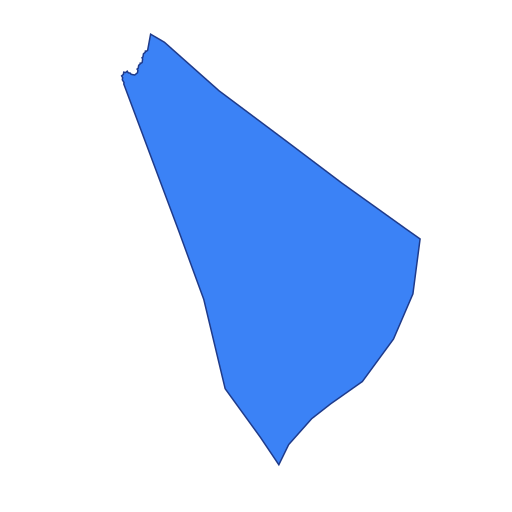 outline of 64, Ad Dawhah, Qatar, rotated 189°
{"feature_id": "91078587B90572776822782", "entity_name": "64", "entity_type": "district", "adm_level": 2, "iso_a3": "QAT", "parent_name": "Qatar", "parent_adm1": "Ad Dawhah", "projection": "equal_earth", "projection_center": [51.513, 25.317], "detail": "fine", "context": "isolated", "style": "filled", "palette": "blue", "viewbox_px": 512, "rotation_deg": 189, "n_neighbors": 0, "source": "geoboundaries", "source_scale": "gbopen_adm2", "svg_char_len": 765}
<svg xmlns="http://www.w3.org/2000/svg" viewBox="0 0 512 512"><g transform="rotate(189 256 256)"><path d="M200.8,53.4L194.2,74.9L175.5,104.1L159.1,121.7L131.3,148.7L107.2,195.5L95.1,243.1L96.6,298.5L112.8,306.5L182.9,341.6L243.3,373.8L318.2,413.3L379.9,452.8L394.8,458.6L395.2,442.4L396.2,441.1L397.3,441.1L397.3,439.8L398.8,438.1L398.8,434.9L399.6,434.0L398.8,432.9L398.7,429.4L399.6,428.4L400.5,428.4L400.5,427.4L401.7,426.0L401.7,423.1L402.7,422.0L401.7,420.9L401.7,418.5L404.1,415.8L407.8,415.9L408.7,416.9L410.9,417.0L412.1,418.4L413.5,416.8L415.4,416.9L415.4,414.6L416.9,412.9L415.6,411.3L415.6,409.1L413.5,406.7L413.5,405.2L335.8,267.9L311.4,224.0L300.8,205.0L265.7,120.1L223.4,77.7L200.8,53.4Z" fill="#3b82f6" stroke="#1e3a8a" stroke-width="1.5"/></g></svg>